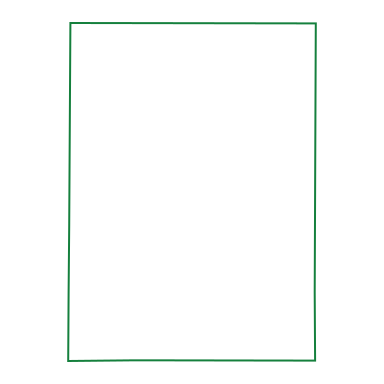 Clay, Kansas, United States of America
{"feature_id": "52423323B796635822074", "entity_name": "Clay", "entity_type": "district", "adm_level": 2, "iso_a3": "USA", "parent_name": "United States of America", "parent_adm1": "Kansas", "projection": "orthographic", "projection_center": [-97.195, 39.349], "detail": "fine", "context": "isolated", "style": "outline", "palette": "green", "viewbox_px": 384, "rotation_deg": 0, "n_neighbors": 0, "source": "geoboundaries", "source_scale": "gbopen_adm2", "svg_char_len": 239}
<svg xmlns="http://www.w3.org/2000/svg" viewBox="0 0 384 384"><path d="M70.4,23.0L69.2,225.8L68.6,293.4L68.2,361.0L135.5,360.3L314.0,360.6L315.1,360.6L314.7,292.4L315.8,23.4L70.4,23.0Z" fill="none" stroke="#15803d" stroke-width="2"/></svg>